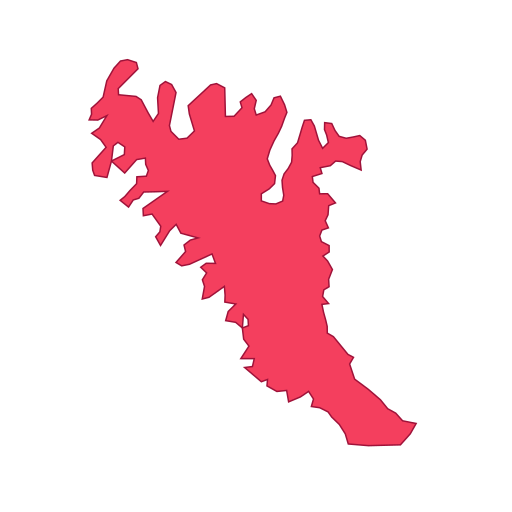 Novo Barreiro, Rio Grande do Sul, Brazil, rotated 283°
{"feature_id": "56859067B91142511999740", "entity_name": "Novo Barreiro", "entity_type": "district", "adm_level": 2, "iso_a3": "BRA", "parent_name": "Brazil", "parent_adm1": "Rio Grande do Sul", "projection": "mercator", "projection_center": [-53.105, -27.904], "detail": "fine", "context": "isolated", "style": "filled", "palette": "rose", "viewbox_px": 512, "rotation_deg": 283, "n_neighbors": 0, "source": "geoboundaries", "source_scale": "gbopen_adm2", "svg_char_len": 3034}
<svg xmlns="http://www.w3.org/2000/svg" viewBox="0 0 512 512"><g transform="rotate(283 256 256)"><path d="M402.6,206.0L397.3,209.0L387.2,203.2L385.1,194.8L412.8,187.7L415.1,178.8L412.5,173.3L387.2,156.1L379.4,159.1L364.0,167.9L355.3,162.3L352.4,154.5L358.3,145.1L363.6,142.3L397.3,141.3L404.1,135.2L405.6,128.5L400.6,124.1L388.1,124.5L372.9,128.9L364.0,125.5L371.2,118.7L382.4,109.0L384.5,103.2L382.2,85.8L388.1,84.1L411.9,98.9L417.6,95.9L418.4,86.7L415.5,80.1L407.1,75.4L393.1,71.2L376.4,71.3L369.3,66.9L362.8,62.3L357.1,63.9L351.1,62.8L352.9,71.3L359.2,79.1L345.5,74.6L338.6,68.3L334.5,78.4L328.2,85.5L309.8,75.4L302.9,77.6L298.2,80.6L299.0,93.1L316.0,93.8L307.3,109.4L323.1,118.0L326.5,126.2L320.5,127.9L315.1,131.9L309.1,131.2L306.4,122.1L299.6,123.4L291.3,118.4L284.4,114.8L279.7,111.1L275.0,120.8L283.0,123.8L285.9,128.9L293.1,132.2L296.1,144.0L299.1,155.2L276.9,135.2L269.9,137.2L273.5,145.3L263.6,156.5L257.9,156.9L252.2,153.9L244.8,160.6L261.2,166.2L268.9,171.1L261.3,177.7L260.6,195.5L256.8,188.5L250.5,183.4L244.5,186.4L231.7,179.5L229.7,185.8L233.0,193.1L248.1,212.7L239.7,218.2L237.7,209.1L232.6,204.7L228.4,211.7L220.8,209.1L214.8,212.7L202.0,213.3L205.2,219.5L219.3,232.0L210.9,234.7L204.1,236.0L204.7,247.1L195.7,241.4L186.2,241.0L186.8,251.1L182.8,258.9L172.2,262.7L166.6,269.4L152.6,264.3L155.6,277.4L147.5,277.4L144.8,270.0L134.7,289.5L138.3,295.0L131.9,295.9L128.7,306.8L131.9,316.1L121.2,320.6L128.7,331.0L135.9,337.7L129.6,344.2L121.8,343.8L122.5,352.2L120.3,361.3L116.1,366.0L110.6,375.1L102.8,383.0L93.6,388.2L96.5,408.2L99.3,419.0L104.5,439.2L117.4,446.3L128.8,449.7L128.4,435.9L134.3,427.5L136.8,418.7L143.9,409.6L151.3,395.5L158.2,379.8L171.8,371.5L179.2,373.8L180.8,367.7L194.8,349.6L196.9,342.8L203.4,341.2L209.1,338.4L216.5,334.4L223.7,331.1L226.0,337.4L231.5,330.0L238.3,329.7L242.5,334.1L249.7,332.0L260.0,333.5L267.2,326.9L271.0,321.2L276.4,326.4L282.6,324.9L284.7,316.5L289.8,313.5L296.1,314.4L299.7,320.2L305.9,315.5L312.4,316.9L321.4,315.5L325.6,321.5L332.8,311.8L330.9,304.0L336.2,302.1L340.6,295.0L346.1,293.0L351.2,301.7L356.5,298.7L360.7,308.1L366.4,312.2L367.4,318.9L365.4,327.9L363.4,339.1L371.4,336.3L378.2,336.7L385.1,340.2L393.4,336.5L396.7,330.0L393.8,323.9L391.0,317.4L391.3,310.1L396.1,304.7L402.1,300.0L401.4,292.9L394.6,294.3L389.8,297.6L382.8,301.0L375.9,296.7L382.8,290.9L390.1,286.8L395.8,283.6L401.1,278.8L399.1,272.7L391.7,272.0L384.8,271.6L375.6,271.0L368.5,267.0L362.2,268.6L355.4,269.6L348.5,267.7L342.3,264.9L335.7,264.3L328.8,266.4L321.4,269.4L315.5,269.6L311.2,263.6L310.0,257.2L310.9,248.8L317.8,247.2L324.4,253.8L330.7,257.8L338.7,256.9L343.1,253.1L347.5,249.0L353.2,245.1L362.5,245.7L372.3,247.7L380.7,250.2L388.1,251.8L396.7,252.8L402.9,253.8L409.8,249.8L417.2,243.8L414.2,238.0L406.5,236.7L398.5,232.4L393.4,224.5L399.1,221.2L407.7,221.2L413.2,215.2L408.1,210.4L402.6,206.0ZM316.0,93.8L331.2,92.2L335.7,95.9L332.8,103.6L325.2,104.9L316.0,93.8ZM182.8,258.9L196.3,256.9L192.5,262.5L186.4,264.3L182.8,258.9Z" fill="#f43f5e" stroke="#9f1239" stroke-width="1.5"/></g></svg>